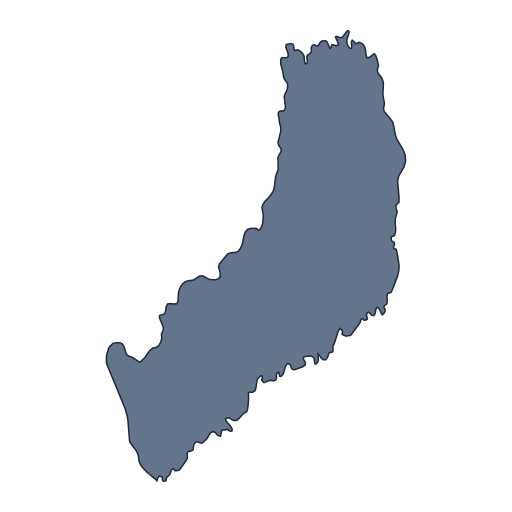 SVG path tracing the border of Misiones
{"feature_id": "ARG-1312", "entity_name": "Misiones", "entity_type": "Province", "adm_level": 1, "iso_a3": "ARG", "parent_name": "Argentina", "parent_adm1": "", "projection": "equal_earth", "projection_center": [-54.653, -26.821], "detail": "fine", "context": "isolated", "style": "filled", "palette": "slate", "viewbox_px": 512, "rotation_deg": 0, "n_neighbors": 0, "source": "natural_earth", "source_scale": "10m", "svg_char_len": 5890}
<svg xmlns="http://www.w3.org/2000/svg" viewBox="0 0 512 512"><path d="M286.4,57.9L288.3,56.4L287.9,52.9L285.9,47.4L286.2,44.5L291.3,43.6L293.1,44.4L293.8,46.5L294.0,49.0L294.8,50.5L297.5,49.8L300.1,51.1L302.4,53.1L304.0,55.9L304.4,59.5L304.5,61.1L304.9,62.9L305.7,64.0L306.9,63.3L307.5,61.8L306.9,58.2L306.9,56.4L307.7,55.0L310.1,53.4L311.1,52.1L311.4,50.5L311.2,48.8L311.4,47.1L312.3,45.5L313.5,44.8L314.6,44.9L316.8,46.0L318.1,45.7L320.3,42.2L321.7,41.1L324.6,40.6L326.5,41.4L327.8,43.4L329.2,47.0L330.1,48.5L330.9,47.6L331.7,44.9L332.8,44.8L333.5,44.8L336.0,45.7L338.5,45.4L337.9,42.5L335.4,37.0L336.4,36.4L337.7,36.7L340.1,37.8L341.7,37.5L343.1,36.5L346.4,31.7L347.2,31.0L347.9,30.7L348.6,30.9L349.1,31.7L348.5,35.0L347.4,37.7L346.7,40.5L347.1,43.9L347.7,45.4L348.9,47.1L350.1,48.3L351.3,48.3L351.8,47.1L351.7,45.3L351.4,43.3L351.4,41.7L352.2,40.2L353.5,41.1L355.7,43.7L357.3,43.3L358.1,42.7L358.9,42.3L360.7,42.8L363.1,44.5L364.7,46.9L365.5,49.9L365.8,53.4L366.9,57.8L369.4,57.4L374.2,53.7L375.7,55.5L377.1,59.2L378.5,65.4L378.2,66.9L377.7,68.1L377.3,69.7L377.6,71.9L378.4,73.7L380.8,76.6L381.9,78.3L383.1,81.4L383.4,84.4L382.9,94.4L384.4,103.6L384.2,105.3L383.8,106.8L383.5,108.4L383.9,110.6L384.8,112.3L389.0,117.1L392.6,121.8L394.0,127.0L394.9,132.6L396.5,138.5L402.7,149.0L405.0,154.3L405.6,161.3L404.1,166.8L398.7,176.1L397.6,181.0L399.0,197.0L399.0,202.2L397.1,204.1L396.2,205.2L395.8,206.4L396.1,208.1L396.5,209.9L397.0,211.0L397.2,210.4L396.8,213.3L395.2,219.2L395.1,222.4L395.7,228.8L395.5,232.0L394.7,235.1L393.7,236.1L392.4,236.3L391.4,236.8L391.1,238.6L391.7,240.7L392.7,241.7L393.8,242.2L394.4,242.8L394.5,244.5L393.6,246.9L393.8,248.6L394.2,248.9L395.7,249.0L396.2,249.3L397.6,255.6L399.1,265.7L398.8,270.9L397.3,277.0L391.7,291.2L391.1,292.2L390.2,292.8L388.2,293.2L387.5,293.7L387.0,295.9L387.2,300.8L387.0,303.1L386.4,304.2L384.5,305.6L384.0,306.5L384.0,307.7L385.2,309.4L385.2,310.8L383.8,313.7L382.3,314.8L381.4,313.8L380.3,311.0L378.9,308.4L377.2,307.4L376.1,308.6L375.0,314.0L373.7,315.6L371.7,315.2L370.0,313.4L368.5,312.1L366.8,313.2L366.5,315.4L367.2,317.7L367.1,319.5L364.6,320.3L363.7,319.9L363.2,319.3L362.6,318.8L361.6,319.0L360.9,320.0L359.9,323.1L350.6,335.4L346.0,336.1L342.2,334.5L342.4,330.8L341.3,329.6L339.8,328.4L338.2,331.3L334.5,342.9L334.0,344.2L333.3,345.2L332.8,346.7L333.1,350.1L332.8,351.6L331.9,352.2L330.4,352.4L329.1,353.0L328.5,354.5L328.1,356.0L327.3,357.6L326.4,359.0L325.8,359.7L323.3,359.8L321.4,358.2L319.8,355.9L318.1,353.9L318.3,359.4L318.1,361.0L317.3,362.7L316.1,363.9L315.1,364.1L314.6,362.6L314.2,358.7L312.9,356.8L310.9,356.1L305.8,356.4L303.8,357.0L303.3,358.8L305.4,362.6L305.3,364.9L302.8,366.8L294.6,369.7L293.3,369.6L292.0,368.9L291.5,368.1L290.3,365.0L289.9,364.3L288.9,364.1L288.2,363.7L287.5,363.8L286.3,364.9L285.5,366.4L284.9,368.2L284.2,371.3L282.9,374.4L281.1,376.4L279.7,376.2L279.0,373.0L278.6,372.3L277.7,372.5L276.8,373.5L276.4,375.3L276.5,377.6L276.4,378.9L275.9,379.7L274.7,380.5L273.5,380.8L270.7,380.4L269.4,380.5L264.1,382.6L263.3,382.3L263.1,382.0L262.3,380.8L262.1,380.5L261.6,380.1L261.8,379.3L262.3,378.3L262.5,377.6L261.8,375.7L260.2,376.3L258.4,377.9L257.3,379.4L256.6,382.9L256.1,387.1L255.1,390.7L252.5,392.3L249.5,392.2L248.4,392.7L248.6,399.1L248.0,406.4L247.3,410.2L246.5,411.9L244.0,413.1L237.4,420.1L234.4,420.6L232.0,419.7L229.9,418.3L227.4,417.7L225.3,418.9L226.5,421.6L230.4,425.9L232.3,429.3L231.8,431.1L229.8,431.1L227.0,429.2L225.7,429.9L222.9,430.0L221.8,430.5L221.5,431.5L220.5,436.2L217.9,435.5L215.1,432.4L213.1,431.6L210.5,432.8L208.7,435.6L207.2,438.4L202.7,442.7L201.4,443.2L200.1,442.9L197.4,441.8L195.8,442.0L193.9,444.2L193.5,447.3L192.9,450.1L190.2,451.3L188.9,451.4L188.0,451.8L187.4,452.7L187.2,454.2L187.4,457.8L187.1,458.7L186.3,460.4L180.6,468.3L179.9,469.7L176.9,470.7L175.5,470.9L174.7,470.4L174.1,469.4L173.3,468.8L171.7,469.7L171.2,470.5L169.9,474.4L169.3,475.0L167.7,476.5L166.9,477.3L166.3,478.7L166.2,480.0L165.7,480.9L164.3,481.3L162.7,480.7L162.4,479.4L162.5,477.9L162.1,476.8L159.2,476.1L157.7,478.2L156.9,480.7L156.5,480.1L146.4,471.7L142.5,467.5L140.8,465.0L139.8,463.1L139.1,461.2L138.7,459.5L138.5,456.4L138.5,456.2L137.9,454.2L136.7,451.6L135.4,449.5L131.5,444.6L130.3,442.6L129.5,440.6L128.9,432.5L127.9,420.2L126.9,414.7L125.0,408.3L106.6,363.6L106.4,361.9L106.4,358.0L106.6,355.8L106.9,353.8L108.7,348.2L108.9,347.6L109.6,346.6L112.9,343.5L113.0,343.3L113.7,343.3L116.8,342.7L119.7,342.7L122.3,343.9L124.2,347.0L126.1,353.4L127.2,355.1L128.8,356.1L132.2,357.3L139.9,362.3L144.6,357.8L149.1,351.4L152.6,348.1L155.8,347.5L158.5,345.7L160.5,342.7L161.7,338.9L161.8,336.5L161.5,335.1L161.4,334.0L163.1,330.6L163.3,328.8L163.1,327.0L162.5,325.0L159.5,318.1L159.5,315.5L162.9,314.5L165.0,313.2L165.7,310.1L166.2,306.6L167.7,303.9L170.2,303.6L173.7,304.0L176.8,303.7L178.1,301.0L178.4,293.2L179.2,289.7L180.7,286.5L182.8,283.7L185.1,281.9L187.6,280.9L193.6,280.0L199.8,275.9L202.8,276.0L205.5,277.3L207.9,278.8L209.8,279.5L214.9,279.8L217.8,279.2L219.9,277.2L220.3,273.5L218.5,266.8L219.4,263.9L227.6,254.0L230.2,252.9L236.4,252.2L238.5,251.1L240.3,248.4L241.6,245.9L242.5,242.9L244.1,235.1L245.5,231.7L247.6,229.3L250.7,228.4L256.3,228.4L257.3,229.0L257.8,229.9L258.5,230.3L259.9,229.5L261.6,226.8L262.7,223.0L263.1,218.8L263.2,214.9L262.8,211.8L262.2,209.4L262.0,207.0L263.2,203.9L265.1,201.1L268.7,197.6L272.6,192.2L273.7,189.9L274.3,187.2L275.6,176.8L275.9,175.8L276.1,174.9L278.1,169.5L278.1,161.9L277.8,158.5L277.9,157.7L278.0,157.2L279.0,155.0L280.5,152.5L281.3,150.6L280.8,148.4L278.5,145.0L278.0,142.4L280.7,131.5L280.8,127.7L279.4,122.2L278.8,117.1L278.3,115.3L278.2,113.6L279.0,111.7L280.1,111.1L283.2,110.9L284.2,110.5L285.4,107.9L285.2,104.7L284.2,97.0L284.9,94.2L286.3,91.5L287.5,88.5L287.7,84.7L286.9,82.7L284.0,78.4L283.4,76.0L283.0,72.7L280.7,63.7L280.7,59.2L281.9,57.6L286.4,57.9Z" fill="#64748b" stroke="#1e293b" stroke-width="1.5"/></svg>